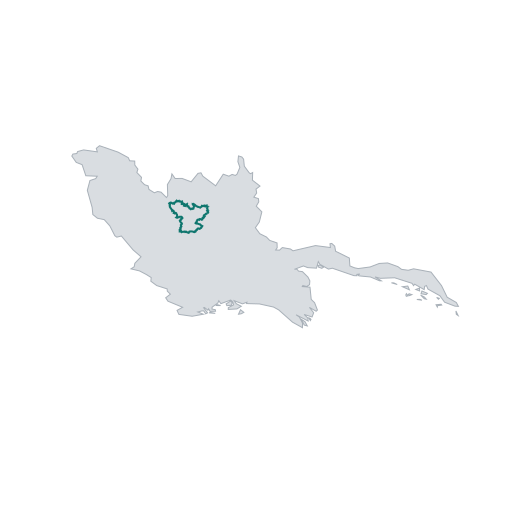 Kyaukme, Shan, Myanmar (highlighted), rotated 294°
{"feature_id": "60261553B11251200769941", "entity_name": "Kyaukme", "entity_type": "district", "adm_level": 2, "iso_a3": "MMR", "parent_name": "Myanmar", "parent_adm1": "Shan", "projection": "natural_earth1", "projection_center": [97.145, 22.817], "detail": "fine", "context": "in_parent", "style": "outline", "palette": "teal", "viewbox_px": 512, "rotation_deg": 294, "n_neighbors": 0, "source": "geoboundaries", "source_scale": "gbopen_adm2", "svg_char_len": 9058}
<svg xmlns="http://www.w3.org/2000/svg" viewBox="0 0 512 512"><g transform="rotate(294 256 256)"><path d="M321.5,231.2L317.1,228.8L313.8,231.0L308.9,230.1L309.4,234.9L306.6,236.5L301.6,236.0L298.7,243.4L288.4,245.2L281.6,243.9L277.9,250.4L277.6,257.8L275.8,262.2L276.5,269.9L272.1,272.0L269.5,271.5L270.9,275.1L274.4,276.6L276.4,284.6L275.8,287.7L289.7,306.1L294.0,320.5L297.3,318.6L298.3,320.1L297.0,323.9L292.7,326.8L292.1,342.1L285.1,345.8L285.3,350.9L286.1,354.5L292.4,364.7L299.3,371.6L303.2,379.1L304.0,389.9L303.0,394.4L304.9,400.9L308.4,405.2L312.5,422.4L304.4,437.5L296.1,447.4L295.0,457.9L292.3,461.4L291.1,458.1L290.5,447.1L294.5,440.1L295.7,426.6L298.3,423.7L296.9,422.4L293.7,423.3L294.8,412.4L293.0,412.0L294.5,409.7L292.5,391.5L286.2,378.7L285.3,373.2L284.3,380.6L283.6,379.1L283.4,369.1L279.7,358.1L280.1,357.1L281.8,358.1L280.2,355.6L279.0,356.2L277.9,353.5L275.9,330.7L273.5,327.5L274.4,317.7L276.2,315.2L269.5,316.2L266.4,307.9L266.2,303.4L259.5,296.5L260.6,298.7L259.5,301.0L260.6,304.8L257.9,312.0L255.2,315.3L251.5,316.6L248.7,314.6L248.1,310.8L246.9,310.7L249.5,318.0L238.8,324.1L237.2,328.5L231.6,334.1L230.0,333.4L230.8,325.7L227.6,331.8L223.1,332.0L222.2,323.8L220.4,328.6L217.8,330.1L218.6,316.5L217.9,320.4L213.6,325.8L209.4,327.6L210.4,316.3L216.0,298.6L216.5,292.8L213.6,278.6L208.7,266.7L210.1,266.5L206.8,263.1L206.3,254.3L204.4,257.4L204.1,263.0L199.9,260.1L195.9,252.4L197.5,251.7L202.2,255.4L204.8,253.3L205.5,250.8L198.2,243.3L200.0,240.2L197.6,240.3L191.4,236.7L189.6,237.4L190.4,240.6L189.1,241.5L186.7,236.6L188.5,234.2L186.9,234.1L188.0,229.8L187.4,229.2L184.4,234.9L182.7,233.5L184.6,230.6L183.9,229.0L181.2,225.6L181.4,231.6L175.0,222.2L171.3,209.3L174.2,206.0L179.3,209.8L178.9,193.9L181.1,190.5L186.3,193.3L187.8,189.3L189.8,188.2L188.6,177.3L190.2,170.2L193.7,169.0L194.5,163.3L195.0,155.6L193.4,147.0L196.6,149.1L200.1,148.3L208.5,151.3L211.6,141.2L219.5,124.9L216.6,121.2L217.1,118.8L224.0,110.3L227.5,102.6L226.0,95.7L227.5,90.1L233.8,86.5L247.4,75.2L257.4,73.6L261.5,78.1L264.3,78.5L260.1,67.9L268.7,60.0L268.4,53.7L272.4,47.1L274.7,47.3L276.7,50.6L278.9,50.6L282.8,55.4L286.6,68.7L289.4,66.3L293.1,68.2L294.8,87.8L293.9,99.3L291.6,101.9L293.4,106.6L289.8,108.3L287.3,112.8L283.8,113.2L281.3,119.4L277.7,120.3L275.8,125.2L276.2,128.9L273.3,131.1L272.4,137.4L274.9,139.9L275.7,143.3L273.0,150.5L275.3,150.8L285.2,146.0L292.1,146.9L296.8,145.8L293.9,150.6L296.8,156.9L297.4,166.6L307.9,169.4L309.6,171.9L307.3,174.9L303.7,190.6L317.4,192.8L317.9,198.8L320.8,201.0L321.2,204.4L323.1,205.4L330.4,205.2L334.8,201.1L340.3,199.3L340.7,202.8L339.4,205.3L333.3,208.8L329.2,216.0L329.0,217.6L330.9,219.0L323.8,221.9L321.5,231.2ZM200.1,248.2L204.5,251.1L203.6,253.3L200.9,253.4L198.8,249.6L200.1,248.2ZM287.5,402.3L290.3,406.9L287.5,409.9L287.5,402.3ZM199.6,267.8L197.3,266.1L195.7,263.7L200.6,263.7L199.6,267.8ZM291.5,421.8L291.6,427.8L289.9,427.1L288.7,422.1L291.5,421.8ZM215.9,327.5L213.0,331.3L212.5,328.1L216.6,323.3L215.9,327.5ZM273.3,322.3L271.5,321.1L271.3,317.6L272.7,316.6L273.8,318.3L273.3,322.3ZM285.8,429.1L285.4,427.1L287.3,422.3L287.0,426.5L285.8,429.1ZM284.7,440.3L287.2,444.7L286.7,445.6L284.5,442.1L283.1,442.4L284.7,440.3ZM293.2,418.4L290.6,419.7L290.4,415.6L293.2,418.4ZM287.1,461.0L283.8,464.9L284.2,462.7L287.1,461.0ZM185.9,237.2L187.0,242.1L185.0,236.3L185.9,237.2ZM287.5,392.9L287.4,396.6L286.6,390.6L287.5,392.9ZM195.9,240.7L196.3,243.8L194.4,239.4L195.9,240.7ZM284.1,414.1L282.2,412.3L282.9,410.9L283.8,411.2L284.1,414.1ZM282.8,408.7L281.5,411.2L280.3,409.7L281.3,408.7L282.8,408.7ZM283.1,423.4L283.1,425.6L281.7,420.6L283.1,423.4ZM220.5,332.0L219.1,331.9L220.9,329.4L221.1,330.4L220.5,332.0ZM291.9,440.7L290.7,440.3L291.6,437.9L291.9,440.7Z" fill="#d9dde1" stroke="#a8b0b8" stroke-width="1"/><path d="M268.7,155.3L268.5,155.6L268.2,155.9L268.2,156.3L267.4,156.7L267.1,156.6L266.9,156.6L266.4,157.1L265.9,157.2L265.6,157.6L265.6,157.8L265.3,158.0L265.1,158.4L265.0,158.8L264.9,159.0L264.5,159.4L264.4,159.8L263.8,160.4L263.9,160.7L263.5,160.9L263.5,161.1L263.2,161.2L263.3,161.3L263.7,161.3L263.8,162.2L263.6,162.5L263.2,162.7L263.2,162.9L262.8,163.2L262.5,163.3L262.3,163.2L261.8,163.3L261.9,164.0L261.8,164.4L262.4,164.8L262.6,164.8L262.8,165.0L262.8,165.3L262.7,165.6L262.3,165.7L262.2,166.1L261.6,166.9L261.6,167.0L261.0,167.4L260.8,167.6L260.5,167.6L260.2,167.8L260.0,167.7L259.8,167.9L259.7,167.8L259.4,167.9L258.8,167.6L258.8,168.4L259.5,169.1L259.8,169.1L260.1,169.7L260.9,170.4L261.2,171.1L261.2,171.4L261.5,171.8L261.4,172.3L261.2,172.3L260.9,172.7L261.1,172.9L260.9,173.3L260.7,173.4L260.4,173.2L260.2,172.9L259.7,173.0L259.5,172.6L259.3,172.5L259.0,172.3L258.7,172.7L258.4,172.7L258.3,172.3L258.1,172.3L257.9,172.4L257.2,172.1L257.0,172.4L256.8,172.5L256.2,173.4L256.2,173.8L256.1,174.3L255.7,174.6L255.6,174.9L255.3,174.8L255.0,175.1L254.9,175.0L254.5,174.9L254.3,174.9L254.2,174.8L253.7,174.7L253.2,175.3L252.9,175.3L252.7,175.5L252.2,175.6L252.2,175.8L251.7,175.7L251.4,175.4L251.1,175.4L250.9,175.6L250.7,175.4L250.5,175.5L250.3,175.9L250.0,175.8L249.7,175.9L249.3,175.9L249.2,175.8L248.9,175.7L248.7,175.6L248.5,175.8L248.2,176.0L247.7,176.2L247.8,176.3L247.6,176.4L247.4,176.6L247.4,176.8L247.6,177.1L247.8,177.4L247.7,177.8L248.1,177.7L248.0,177.8L248.0,178.1L247.9,178.2L248.1,179.0L248.4,179.4L248.4,179.6L248.6,179.8L248.7,180.0L248.8,180.1L248.9,180.3L249.2,180.5L249.2,181.1L249.0,181.5L249.2,181.8L249.3,181.7L249.5,181.8L249.5,181.7L249.7,181.8L249.8,182.1L249.9,182.6L249.8,182.9L249.6,183.2L249.7,185.0L249.9,185.2L250.9,185.1L251.3,185.2L251.5,185.9L252.0,186.4L252.3,187.3L252.4,187.6L252.5,188.0L252.6,188.3L252.6,189.7L252.7,190.0L252.9,190.2L253.0,190.1L253.3,190.0L253.5,190.3L253.9,190.3L254.0,190.5L254.1,190.9L255.0,190.8L255.4,191.0L255.4,190.9L255.6,190.9L255.7,191.1L255.9,191.4L256.1,191.3L256.3,191.4L257.0,191.4L257.4,191.6L257.6,191.8L257.7,192.0L257.8,192.3L257.7,192.4L257.8,192.9L257.7,193.2L257.8,193.4L258.1,193.5L258.3,193.8L258.9,194.0L259.2,194.4L259.6,194.5L259.9,194.3L260.1,194.3L260.7,194.7L261.3,194.8L261.5,194.8L261.5,194.6L261.7,193.6L261.6,193.2L261.8,192.7L262.1,192.3L262.2,192.0L262.0,191.7L261.9,190.1L261.8,189.4L261.4,188.4L261.3,187.8L261.4,187.4L261.8,187.4L262.3,187.7L262.9,188.0L263.4,187.6L263.6,187.6L264.1,187.9L264.5,187.9L265.0,187.7L265.4,187.9L266.0,188.7L265.9,189.1L265.9,189.3L266.0,189.3L266.6,189.3L267.0,189.6L267.1,190.1L267.0,190.9L267.0,191.7L267.5,192.1L268.5,191.7L268.7,191.8L269.1,191.7L269.4,192.2L269.4,192.6L270.3,192.8L270.5,192.6L270.7,192.8L271.0,192.9L271.0,192.5L271.1,192.3L271.2,191.9L271.6,191.9L272.0,192.0L272.4,192.0L272.9,192.4L272.9,192.6L273.0,192.7L273.2,193.0L274.2,193.1L274.3,193.4L274.5,193.5L274.6,193.8L275.0,194.0L275.1,194.4L275.1,194.2L275.3,194.2L275.5,194.3L275.8,194.3L276.0,194.5L276.2,194.4L276.4,194.5L276.6,194.2L276.9,194.1L276.7,193.7L277.0,194.0L277.3,194.0L277.1,193.5L277.3,193.4L277.5,193.0L277.9,193.3L278.6,193.1L279.2,192.2L279.4,192.3L279.6,192.1L280.1,192.0L280.3,192.0L280.7,191.6L281.0,191.7L281.3,191.6L281.6,191.1L281.7,190.8L281.5,190.7L281.5,190.8L281.1,190.3L281.3,190.2L281.2,190.1L281.4,190.0L281.5,190.0L281.3,189.8L281.4,189.7L281.5,189.8L281.6,189.7L281.3,189.4L281.1,189.7L281.1,189.4L281.0,189.5L280.9,189.2L280.6,189.0L280.5,188.8L280.6,188.7L280.5,187.8L280.0,187.3L279.8,187.0L280.0,186.8L280.0,186.6L279.9,186.2L279.5,186.3L279.0,186.0L278.6,186.0L278.2,185.7L277.5,185.4L277.5,185.2L277.5,184.2L277.4,183.4L277.2,183.1L277.2,182.7L277.3,182.6L277.2,182.3L277.4,181.7L277.2,181.1L277.8,179.8L277.8,179.4L278.0,179.0L278.0,178.7L278.2,177.7L277.6,177.3L277.6,177.1L277.4,177.2L277.3,177.4L277.3,177.8L277.2,177.9L277.3,178.1L277.1,178.1L276.7,178.6L276.2,179.2L275.8,179.3L275.7,179.2L274.8,179.2L274.6,179.2L274.6,179.4L273.8,179.6L273.6,179.4L273.4,178.7L273.2,178.7L273.2,178.1L272.3,177.6L272.1,177.3L272.2,177.1L272.3,176.9L272.7,176.1L272.4,175.9L272.4,175.7L273.2,175.0L273.4,174.6L273.9,174.1L273.8,173.9L273.8,173.7L273.7,173.5L273.4,173.2L273.6,173.0L273.8,173.1L274.0,172.9L273.8,172.8L273.8,172.6L273.9,172.4L274.1,172.3L274.0,172.2L274.2,171.7L274.4,171.7L274.2,171.5L274.3,171.2L274.5,171.2L274.1,170.9L273.7,171.3L273.3,171.3L273.1,171.2L273.3,170.8L273.1,170.6L272.9,170.5L272.6,170.2L272.6,169.8L273.5,169.8L273.6,169.0L274.1,168.8L274.4,168.9L274.4,168.0L274.2,167.8L273.8,167.8L273.6,167.4L273.3,167.3L273.2,167.0L273.4,166.9L273.7,166.8L274.1,166.7L274.5,166.7L274.6,166.4L274.8,166.3L275.0,166.3L274.9,166.7L275.1,166.7L275.2,166.3L275.5,166.2L275.3,166.0L275.2,165.8L275.2,164.9L274.9,164.8L274.7,164.5L274.7,163.8L275.0,163.4L274.8,163.3L274.6,163.4L274.5,163.2L274.6,162.5L274.4,162.4L274.2,162.5L273.9,162.0L273.9,161.6L274.1,161.2L273.9,161.2L273.7,160.8L273.2,160.9L272.9,160.6L272.3,160.6L272.1,160.4L272.1,160.2L271.7,159.9L271.5,159.6L271.4,159.6L271.1,159.9L270.4,159.9L270.4,159.6L270.6,159.1L270.0,158.8L269.9,158.5L270.1,157.7L270.3,157.5L270.3,157.2L270.2,157.0L270.2,156.8L269.9,156.7L270.1,156.3L270.0,156.1L269.3,155.5L269.0,155.5L268.7,155.3Z" fill="none" stroke="#0f766e" stroke-width="2"/></g></svg>